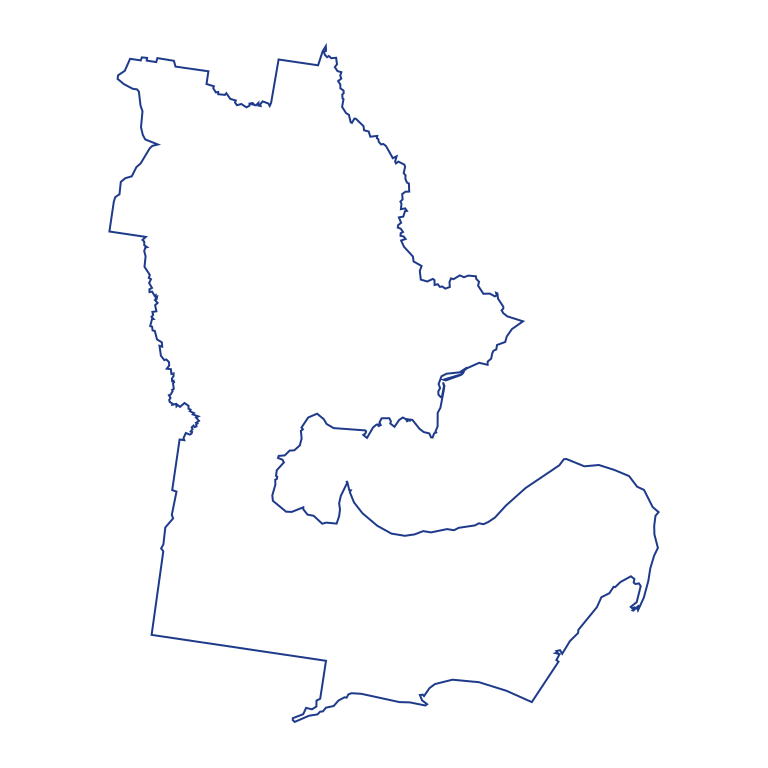 outline of Greater Geelong, Victoria, Australia
{"feature_id": "25037944B24812283687541", "entity_name": "Greater Geelong", "entity_type": "district", "adm_level": 2, "iso_a3": "AUS", "parent_name": "Australia", "parent_adm1": "Victoria", "projection": "orthographic", "projection_center": [144.481, -38.052], "detail": "fine", "context": "isolated", "style": "outline", "palette": "blue", "viewbox_px": 768, "rotation_deg": 0, "n_neighbors": 0, "source": "geoboundaries", "source_scale": "gbopen_adm2", "svg_char_len": 6076}
<svg xmlns="http://www.w3.org/2000/svg" viewBox="0 0 768 768"><path d="M176.5,491.6L171.8,514.9L173.1,518.4L165.3,527.5L163.4,544.4L161.1,548.4L163.3,551.3L151.6,634.9L326.0,660.8L320.2,698.7L316.5,700.6L316.4,706.5L312.0,709.3L306.1,707.9L303.2,714.2L292.8,718.2L292.8,720.1L294.7,721.9L309.1,715.7L317.5,714.4L320.1,711.7L322.9,711.4L325.9,707.7L333.7,706.0L338.4,700.6L344.5,697.3L346.6,697.7L348.4,694.4L351.6,693.2L361.3,693.8L399.5,702.1L410.0,702.4L425.3,705.5L427.1,704.2L422.1,700.4L419.9,695.0L422.9,694.7L424.0,696.1L429.5,688.1L434.9,684.1L452.4,679.7L479.0,682.2L506.5,690.8L531.8,702.1L558.5,661.7L556.4,660.0L559.6,654.2L555.6,653.1L557.4,652.4L556.4,651.0L560.1,650.2L562.2,653.8L569.9,641.1L578.1,633.0L578.4,629.8L596.9,607.2L601.4,597.2L609.4,593.2L613.6,586.8L615.2,587.1L620.5,582.0L630.9,576.3L634.4,579.0L633.7,582.6L635.4,584.0L638.9,583.4L640.7,586.1L636.7,602.1L630.7,606.9L632.2,608.3L635.4,607.1L632.5,610.3L633.4,610.6L639.0,605.3L637.3,608.3L638.0,610.3L643.8,597.7L648.3,581.0L650.3,568.4L654.1,555.7L657.9,547.9L654.4,534.4L654.2,525.8L655.5,515.8L658.6,512.1L652.7,507.1L644.0,489.9L637.1,486.7L629.1,476.1L614.2,469.9L598.9,465.0L584.3,466.3L566.4,459.0L563.8,459.3L559.3,465.3L525.6,488.0L506.0,505.5L495.0,517.5L488.3,522.0L483.5,524.2L478.9,523.3L475.0,525.4L458.8,527.8L454.0,530.2L447.0,529.1L431.1,532.4L423.2,531.1L414.6,534.4L404.9,535.8L391.4,533.6L377.2,525.7L362.5,513.3L354.0,502.4L349.8,492.1L350.8,490.3L349.3,490.2L347.4,482.3L346.5,481.0L347.0,483.2L340.8,495.9L339.1,503.4L340.0,509.3L339.1,516.3L336.6,523.6L326.2,522.6L322.2,523.7L313.7,515.8L307.5,514.6L303.3,509.3L303.3,507.3L291.8,511.9L286.1,511.7L272.9,500.8L272.3,495.4L275.4,484.6L275.2,479.8L276.9,478.9L277.2,476.7L276.0,475.8L276.8,470.2L283.9,462.4L282.5,459.7L278.0,458.0L278.7,455.9L284.8,455.4L289.6,450.6L294.3,450.3L299.8,445.4L301.6,438.6L300.9,430.8L302.9,429.3L301.5,427.5L308.2,417.5L317.1,413.7L323.7,419.1L326.6,424.0L333.7,428.1L365.2,430.4L366.1,431.3L365.5,433.4L363.3,434.9L367.0,437.9L373.1,427.4L376.5,424.6L378.2,424.5L378.6,426.0L380.7,425.1L379.5,422.4L381.6,418.3L389.3,418.2L390.9,421.3L390.3,423.5L394.5,426.8L399.1,420.0L402.8,417.5L406.0,419.2L407.3,421.9L407.4,419.2L409.4,419.6L409.6,421.5L410.1,419.6L412.4,419.9L419.5,428.8L423.8,432.1L429.3,433.4L431.1,437.4L432.6,437.5L434.1,433.4L436.2,432.5L435.5,431.5L437.6,426.4L437.7,412.8L440.4,407.8L443.7,390.6L444.4,385.8L443.0,382.4L444.0,386.2L442.0,396.4L440.7,397.1L438.4,394.6L438.3,391.4L440.1,388.1L438.6,384.0L441.5,376.3L446.6,373.7L461.9,372.1L460.9,371.5L467.2,367.4L464.3,370.0L461.8,374.2L443.5,379.7L445.8,380.4L461.1,374.9L462.9,373.4L464.3,370.4L466.7,368.4L479.2,362.8L487.6,364.8L487.7,361.6L491.2,358.6L492.2,353.5L493.4,350.8L496.3,349.4L497.0,345.0L505.2,342.0L506.8,336.4L511.9,329.1L523.0,321.3L507.4,316.4L503.3,313.2L501.6,310.3L503.3,308.6L503.3,306.7L498.0,298.6L497.4,293.4L496.1,292.8L496.7,295.4L494.9,296.4L489.8,293.6L483.4,293.8L478.1,285.7L479.0,281.7L476.2,278.8L475.9,276.3L468.3,275.6L464.0,277.2L459.8,275.4L453.5,279.2L451.0,278.4L449.5,282.1L449.8,287.0L445.3,288.6L442.3,286.5L439.9,286.9L437.7,284.2L434.6,285.0L434.5,280.2L432.9,278.9L427.2,281.5L420.8,279.6L419.8,270.9L421.6,266.0L413.6,261.5L412.9,256.5L404.0,246.8L401.1,240.5L405.6,239.0L403.7,236.5L400.5,235.8L400.7,233.2L403.0,232.0L400.7,228.7L397.8,227.6L398.2,225.1L401.1,222.8L398.9,217.4L403.3,216.6L405.0,211.2L406.9,210.9L405.2,208.4L400.9,209.2L401.5,203.8L400.4,201.6L402.6,199.4L402.2,194.0L405.5,191.7L409.2,191.6L408.9,183.5L407.0,182.6L405.3,178.7L405.6,175.5L403.7,173.1L405.1,166.8L404.3,164.6L398.4,161.6L396.0,163.4L395.1,161.6L396.6,156.3L392.8,158.2L386.0,146.0L383.3,144.0L381.1,144.4L378.7,141.8L378.3,139.1L376.9,138.2L377.3,135.9L370.3,136.7L368.7,131.5L364.1,130.3L363.5,126.1L355.9,118.8L354.4,118.6L351.9,122.9L350.7,122.3L348.9,114.8L346.1,113.2L342.1,106.9L343.5,99.1L342.5,98.4L342.3,94.5L343.7,93.2L343.5,90.5L340.4,88.4L340.3,84.4L338.1,81.1L341.3,78.6L340.2,75.6L341.4,72.2L337.5,71.1L334.8,67.1L337.0,64.3L336.1,57.8L331.3,58.2L328.8,56.0L327.1,57.2L324.9,54.8L323.8,51.7L326.0,50.9L325.8,46.1L322.6,51.4L318.1,65.3L278.6,59.5L271.1,102.9L269.7,105.9L268.4,103.5L262.6,101.4L260.1,104.5L260.6,106.0L258.3,105.5L258.4,102.9L255.9,105.4L252.5,104.4L253.4,103.8L252.5,103.0L249.5,103.6L249.5,105.7L246.4,107.3L241.3,104.0L237.0,105.2L235.0,102.5L235.8,100.5L230.3,98.9L226.3,93.2L224.9,94.9L218.2,94.2L218.2,92.0L215.8,92.4L213.2,88.1L213.9,86.3L206.5,84.0L208.4,71.3L175.5,66.6L173.9,60.8L157.4,58.1L156.2,62.1L146.7,60.6L147.1,57.9L141.8,57.4L140.8,60.4L130.1,58.8L124.8,70.8L118.1,75.3L117.6,78.9L124.0,84.2L132.8,88.8L137.1,89.4L138.9,91.7L140.5,105.5L142.5,111.3L141.0,127.3L142.8,134.9L145.2,139.4L157.9,144.5L152.3,145.9L149.8,148.2L140.6,163.5L136.4,167.1L131.8,176.3L125.3,178.2L120.8,181.9L119.5,194.2L115.2,197.2L113.8,201.8L109.4,231.5L145.8,236.9L142.5,239.9L144.2,241.6L144.3,245.3L147.1,247.2L145.3,247.7L144.2,251.1L145.6,256.3L144.5,266.8L149.8,274.9L148.8,277.9L151.0,279.2L149.1,283.0L152.0,287.9L149.4,289.3L149.5,292.1L152.1,291.6L154.6,295.8L155.7,295.1L155.7,297.5L157.1,296.7L156.6,299.1L155.0,300.1L157.6,302.9L155.1,305.2L156.4,311.3L152.4,311.9L153.1,315.0L151.5,316.9L153.5,319.0L152.0,319.1L150.2,326.1L152.1,326.7L152.6,330.4L154.8,330.9L157.0,339.4L161.8,342.3L162.2,346.7L159.5,345.8L160.9,355.7L164.3,360.1L166.3,359.5L169.0,362.1L169.2,365.5L166.8,368.7L170.9,369.2L171.4,374.0L173.6,373.4L173.6,376.0L171.9,378.6L172.1,381.1L173.6,380.7L174.1,382.2L173.0,383.2L173.8,388.9L172.1,389.9L172.6,391.2L170.7,394.5L168.9,395.2L170.5,397.9L169.2,399.9L169.7,401.9L172.5,403.7L172.2,404.8L176.2,403.9L176.5,406.3L177.7,405.0L180.0,406.9L184.5,403.0L188.5,405.8L188.5,408.7L190.6,409.7L189.8,411.2L194.0,413.1L192.8,414.4L198.3,416.4L196.0,417.5L199.0,420.9L196.2,422.7L197.3,423.5L196.1,424.3L196.5,426.4L194.6,427.1L193.5,425.6L191.7,427.4L192.6,429.1L190.7,431.5L192.1,432.0L191.5,433.6L189.8,434.6L185.8,433.0L183.5,438.1L184.3,440.2L179.6,439.5L172.2,490.1L176.5,491.6Z" fill="none" stroke="#1e3a8a" stroke-width="2"/></svg>